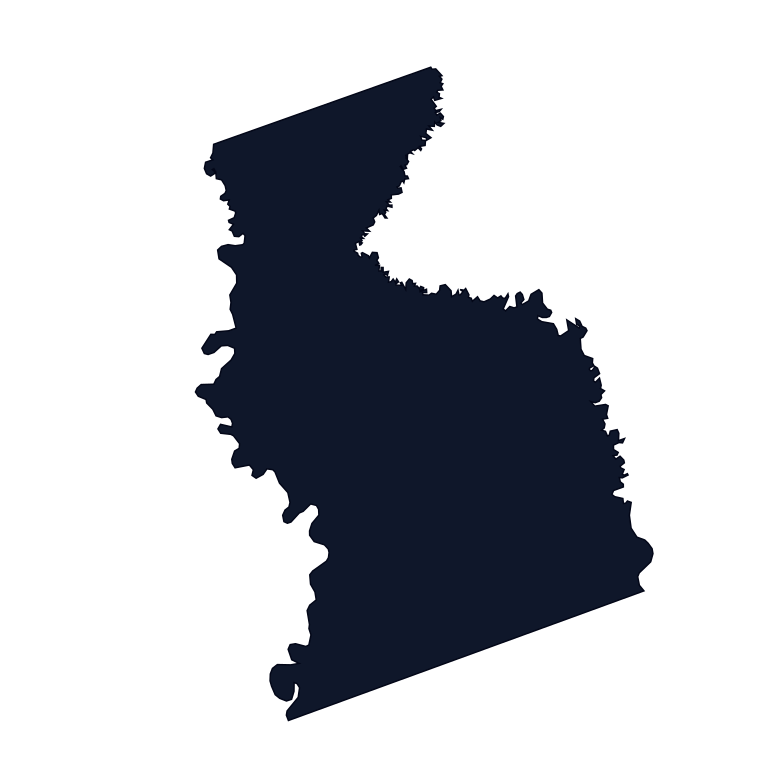 Puerto Arica, Amazonas, Colombia, rotated 70°
{"feature_id": "7082276B12752174373355", "entity_name": "Puerto Arica", "entity_type": "district", "adm_level": 2, "iso_a3": "COL", "parent_name": "Colombia", "parent_adm1": "Amazonas", "projection": "mercator", "projection_center": [-71.635, -1.936], "detail": "fine", "context": "isolated", "style": "filled", "palette": "ink", "viewbox_px": 768, "rotation_deg": 70, "n_neighbors": 0, "source": "geoboundaries", "source_scale": "gbopen_adm2", "svg_char_len": 6170}
<svg xmlns="http://www.w3.org/2000/svg" viewBox="0 0 768 768"><g transform="rotate(70 384 384)"><path d="M667.5,588.9L667.3,210.5L660.5,212.9L651.8,211.5L648.8,208.8L642.3,194.2L635.4,189.3L630.4,188.4L623.9,190.3L619.8,192.3L614.4,198.7L604.0,201.1L591.2,198.3L579.8,192.2L577.2,195.3L578.7,197.7L578.2,199.9L573.3,198.7L568.8,205.7L565.7,207.6L562.6,204.7L562.6,194.3L560.0,193.4L556.8,195.4L552.4,194.9L553.7,192.1L553.0,185.8L551.5,186.0L551.8,189.5L550.2,190.9L546.5,187.6L543.8,190.2L542.0,190.2L540.3,185.1L537.5,184.7L532.6,186.9L533.9,191.8L529.6,193.3L530.5,189.4L528.4,187.3L524.1,190.7L519.9,189.3L519.4,183.2L520.9,180.0L517.5,176.6L517.4,183.0L510.6,180.2L506.6,180.5L505.7,187.5L509.1,189.8L509.3,191.8L504.2,192.1L501.8,195.4L500.6,192.1L497.1,190.0L491.8,190.7L492.7,185.5L488.8,185.4L481.2,180.8L479.0,182.8L476.9,193.5L471.1,195.8L473.8,191.9L473.8,187.7L471.3,184.2L468.1,183.8L465.9,179.1L462.3,182.1L459.4,180.3L452.2,179.5L454.7,184.8L452.6,186.1L450.0,184.6L448.0,177.9L442.1,178.0L439.7,179.8L442.5,183.6L442.2,185.5L440.6,186.1L439.3,185.3L438.6,180.5L435.4,181.0L431.5,179.2L425.7,186.1L418.7,187.0L408.3,184.0L408.0,180.9L403.3,175.0L400.5,175.3L397.6,178.1L391.8,178.6L388.2,181.5L394.0,182.6L396.2,180.2L398.1,181.5L386.3,190.3L397.0,192.2L399.3,201.6L398.0,203.7L391.7,203.0L385.3,204.2L379.4,214.4L375.4,217.6L372.4,216.0L375.6,212.5L377.0,208.7L377.1,205.5L374.1,202.0L371.7,202.1L369.6,204.9L362.1,207.3L352.6,204.5L348.3,206.2L350.0,215.1L355.4,219.6L356.7,226.7L354.8,227.9L352.5,223.7L347.2,223.4L344.2,224.6L344.6,227.9L346.3,230.2L357.0,232.7L357.0,235.7L354.2,239.3L356.9,244.7L354.3,246.4L344.5,237.1L341.7,236.7L344.9,240.8L343.9,243.1L341.2,244.0L342.0,247.8L338.4,250.3L340.5,255.0L341.0,261.9L338.7,265.3L334.0,266.3L336.5,272.7L333.2,272.7L331.5,275.1L329.2,273.7L322.2,274.6L323.2,276.7L321.3,280.2L324.2,278.1L326.4,282.0L325.9,283.1L321.2,282.4L324.2,285.6L325.1,290.6L319.3,289.1L311.6,292.4L311.0,297.7L315.0,299.7L317.5,304.2L315.0,308.3L315.9,311.2L313.5,316.9L311.3,316.6L312.7,312.6L309.5,311.7L309.7,318.5L308.3,318.2L308.3,314.4L307.0,313.8L304.9,316.1L306.6,318.2L303.3,319.3L302.4,321.9L300.2,320.0L299.6,322.7L296.4,322.2L294.0,324.3L296.5,328.5L302.7,331.3L294.5,332.5L294.5,334.0L297.3,333.7L295.2,338.8L294.0,338.7L293.0,335.4L289.6,336.1L292.3,338.6L288.5,339.5L290.3,342.3L289.9,345.0L285.2,342.5L284.1,345.7L281.3,346.9L280.7,345.7L283.0,343.6L279.7,341.3L278.7,346.6L274.2,345.0L273.5,346.8L276.9,348.1L275.9,350.2L270.9,347.6L269.4,351.9L268.9,347.6L265.2,348.4L263.5,346.1L258.2,345.6L256.3,349.9L260.6,354.7L258.1,354.8L253.2,359.3L253.4,360.6L256.9,361.0L257.0,362.5L254.4,364.3L252.0,364.1L249.1,366.7L247.9,366.3L248.2,363.4L242.1,362.8L241.4,358.7L245.1,359.3L245.2,358.2L244.0,356.2L242.3,357.8L241.8,355.6L239.1,356.2L240.1,353.6L237.9,354.9L236.4,353.6L236.4,352.1L238.6,351.5L237.3,348.3L236.2,350.7L232.7,351.8L235.5,345.3L231.3,347.2L230.8,339.7L228.5,337.3L224.3,337.4L223.0,333.5L218.9,329.3L223.2,330.1L223.2,327.4L228.4,326.2L229.0,324.5L225.0,325.7L223.3,323.7L220.7,324.3L222.3,321.3L219.9,322.1L217.9,320.2L220.6,316.1L218.6,315.4L217.8,317.8L213.8,319.4L215.2,315.8L212.2,317.3L212.1,313.6L208.8,312.5L210.5,305.4L210.1,301.5L205.5,300.9L204.8,304.0L203.3,304.4L203.1,301.9L199.8,298.7L199.7,296.9L201.7,296.5L198.6,294.5L199.4,290.8L196.6,290.9L195.6,293.2L191.3,292.5L185.3,294.4L184.7,293.3L188.9,292.3L188.9,289.0L185.5,289.5L185.7,287.6L183.3,284.8L179.7,286.1L176.5,285.4L176.7,284.3L178.2,285.5L180.0,284.9L175.9,283.2L175.6,280.6L177.2,278.5L174.4,279.7L174.0,276.0L175.1,275.3L173.6,271.2L177.1,269.6L175.9,268.3L172.9,269.3L173.9,263.8L169.3,261.7L167.8,265.1L163.8,264.9L167.0,260.0L169.5,260.6L168.6,255.6L162.9,259.0L158.9,256.9L162.0,251.8L156.9,253.6L159.1,248.6L155.1,246.7L158.7,245.5L161.3,242.6L159.6,238.6L156.6,243.7L156.0,240.4L152.9,240.0L155.3,238.2L153.0,236.7L148.7,238.4L149.4,242.4L146.4,242.9L147.0,239.1L145.4,236.4L144.8,241.9L141.9,242.5L141.0,239.9L132.5,242.4L131.2,239.4L134.8,239.3L135.3,232.2L133.4,234.2L130.1,232.6L127.9,234.6L126.4,233.0L127.8,228.1L123.7,228.5L122.0,226.0L120.1,228.2L117.3,225.3L113.8,226.7L114.1,224.1L105.6,227.6L104.7,231.2L102.3,231.7L100.5,462.1L108.5,465.8L112.1,469.6L114.8,468.2L114.6,475.8L120.0,479.1L125.8,478.8L129.3,475.8L128.3,471.2L126.4,470.5L123.8,472.0L123.4,470.2L126.9,469.5L133.7,471.3L136.6,466.8L143.3,465.4L148.3,466.1L150.5,468.3L151.8,473.2L154.2,474.5L156.9,472.1L158.1,466.5L161.6,469.3L164.5,467.9L166.7,469.5L170.5,464.9L172.5,464.8L176.5,467.9L177.0,474.1L179.2,474.3L182.4,470.8L186.1,476.6L188.3,474.4L194.0,474.1L195.9,470.0L194.2,465.0L197.0,463.8L203.9,467.2L204.8,469.1L203.2,476.5L199.7,482.9L199.1,489.6L201.2,494.5L210.0,496.2L222.2,487.4L231.0,485.2L238.9,487.9L247.6,498.4L255.1,499.9L261.2,503.0L266.8,502.4L280.9,503.8L280.9,511.7L277.7,523.4L279.6,526.0L278.1,529.7L288.1,542.9L293.9,542.4L296.1,539.2L296.2,533.0L292.5,523.8L294.3,517.6L299.3,512.2L304.3,513.7L309.2,519.5L314.0,531.4L320.7,535.9L322.3,540.3L326.0,544.0L322.0,556.0L324.0,561.0L327.0,563.9L332.0,562.7L337.7,556.5L341.2,557.1L349.2,553.5L356.5,552.7L360.0,548.1L361.5,541.8L364.9,539.8L369.2,539.8L372.3,541.7L366.0,551.4L369.4,555.4L374.4,554.3L378.9,545.2L381.2,543.1L390.7,540.1L394.9,542.1L395.9,547.3L402.7,552.8L406.7,553.7L411.8,552.6L414.1,538.2L419.9,536.1L424.7,539.3L428.8,536.4L427.6,528.5L423.7,523.0L426.5,517.8L429.4,516.5L441.4,516.1L453.1,511.5L463.1,512.8L467.1,515.4L468.6,520.1L472.7,524.1L479.1,525.1L481.8,522.4L481.9,518.6L476.2,507.7L476.0,503.5L471.6,494.0L475.0,489.0L479.4,488.3L484.9,490.0L490.4,499.4L496.6,504.2L500.7,505.6L508.2,503.5L514.7,495.0L520.0,492.8L523.5,493.2L528.2,495.6L530.8,498.7L535.3,514.9L537.9,519.0L547.0,521.5L555.8,520.0L563.7,521.5L566.4,529.4L570.6,533.7L584.5,536.3L588.2,538.2L594.8,538.4L603.6,543.9L603.9,547.2L597.8,556.0L596.8,561.3L600.5,564.8L611.6,565.0L617.5,559.3L616.0,567.8L611.2,580.2L613.1,586.1L617.6,590.0L624.0,592.6L629.5,593.0L638.7,592.5L643.7,589.5L648.5,584.1L648.7,578.7L642.0,573.7L633.8,570.6L635.8,568.2L640.5,567.2L649.1,571.8L658.1,586.9L661.8,589.0L667.5,588.9Z" fill="#0f172a" stroke="#020617" stroke-width="1.5"/></g></svg>